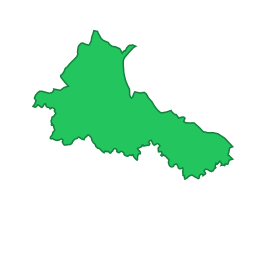 Jebel Saman, Aleppo, Syria, rotated 317°
{"feature_id": "27442178B96508006833869", "entity_name": "Jebel Saman", "entity_type": "district", "adm_level": 2, "iso_a3": "SYR", "parent_name": "Syria", "parent_adm1": "Aleppo", "projection": "orthographic", "projection_center": [37.058, 35.942], "detail": "fine", "context": "isolated", "style": "filled", "palette": "green", "viewbox_px": 256, "rotation_deg": 317, "n_neighbors": 0, "source": "geoboundaries", "source_scale": "gbopen_adm2", "svg_char_len": 5821}
<svg xmlns="http://www.w3.org/2000/svg" viewBox="0 0 256 256"><g transform="rotate(317 128 128)"><path d="M171.6,36.6L169.4,33.5L166.9,35.1L163.3,37.0L160.8,39.0L156.6,40.8L155.7,40.4L154.2,38.2L153.1,35.4L151.7,34.1L149.9,34.1L147.7,34.4L146.0,35.4L142.9,38.0L141.4,40.0L139.2,40.9L135.0,41.2L131.8,41.2L128.5,41.4L125.6,41.9L122.6,41.6L121.6,42.3L119.4,43.2L118.2,43.5L117.6,43.6L116.0,43.8L114.7,43.6L113.7,44.7L113.3,47.8L113.0,51.9L112.9,56.8L108.8,54.8L104.2,54.3L100.3,48.9L99.9,49.7L96.6,50.3L94.0,48.8L92.1,45.6L90.0,42.3L88.2,40.8L86.0,40.6L82.8,41.0L79.9,42.3L79.4,45.3L75.8,47.0L73.2,47.4L73.4,47.9L74.1,49.2L74.7,49.7L75.5,49.8L76.6,49.7L77.3,49.5L77.9,49.6L78.2,50.2L78.7,53.8L79.0,54.2L79.4,54.3L80.4,54.2L82.8,53.6L83.4,53.5L84.0,53.8L84.1,54.1L83.8,54.8L83.3,55.6L83.0,56.6L83.0,57.2L83.1,57.6L83.5,58.3L84.3,59.2L84.3,59.7L84.1,60.5L84.1,61.0L84.8,61.2L85.9,61.2L86.4,61.2L86.7,61.6L87.2,63.6L87.2,64.6L86.7,65.0L86.3,64.9L85.9,65.2L85.5,66.2L85.4,67.3L85.1,68.2L83.0,68.5L82.3,68.7L81.0,68.7L80.4,68.4L79.8,68.3L78.3,69.5L76.7,70.3L76.1,71.0L75.8,71.6L75.6,72.9L75.1,73.0L74.6,72.9L74.2,73.4L74.0,73.8L74.2,74.3L74.9,74.5L75.4,75.0L73.7,77.9L73.4,79.0L73.1,79.5L72.2,79.7L71.1,79.9L70.4,79.9L70.1,79.9L69.5,80.3L68.3,81.2L66.7,81.6L65.2,81.7L64.2,82.5L64.3,83.5L65.0,83.9L65.3,84.0L65.7,84.4L65.8,84.7L65.9,85.6L66.2,86.3L66.5,86.8L67.0,87.8L67.6,88.6L68.2,89.1L69.2,89.7L71.2,90.4L71.9,90.8L72.3,91.6L72.1,92.6L71.6,93.0L70.9,93.1L70.5,93.4L70.3,93.7L70.1,94.8L69.8,95.6L69.8,96.9L70.0,97.2L70.7,97.9L72.0,98.7L73.2,99.6L74.5,100.7L74.9,100.8L76.7,100.9L77.5,100.6L78.1,100.2L81.3,99.8L82.2,100.1L82.9,100.6L84.0,101.0L84.5,100.9L85.1,100.8L85.6,100.9L85.9,101.2L86.0,101.6L86.2,102.6L86.4,103.6L86.9,105.1L87.3,105.9L88.0,106.6L89.2,105.9L90.0,105.7L91.1,105.9L92.6,105.9L94.0,105.8L94.4,106.1L94.5,107.0L94.6,108.0L94.5,110.1L94.4,110.7L94.0,111.0L93.8,111.4L93.3,112.1L93.0,113.3L92.6,115.1L92.8,116.7L92.9,117.9L92.2,118.7L91.9,119.4L92.1,120.4L92.0,121.1L92.0,121.7L92.2,122.3L92.9,123.3L93.1,124.0L93.3,125.0L93.1,125.9L93.2,127.7L93.4,128.9L93.6,129.7L93.9,129.9L95.5,129.3L96.0,130.0L96.3,130.9L97.0,131.3L97.6,131.6L97.7,132.2L97.6,133.0L97.8,134.2L98.3,134.5L99.5,134.2L100.2,134.2L101.1,134.4L102.4,133.7L103.8,133.7L104.2,134.1L104.8,134.7L105.0,135.3L105.0,136.2L104.6,136.9L104.0,137.1L103.7,137.7L103.8,138.2L104.2,139.5L104.5,139.9L105.2,140.2L106.0,140.0L106.8,140.2L107.3,140.7L107.8,141.8L108.0,143.6L107.7,144.0L107.3,144.3L107.1,144.5L107.0,145.1L107.5,146.8L108.0,147.9L108.6,148.5L109.3,148.7L110.3,148.8L111.0,149.1L111.5,149.6L111.6,150.1L111.8,150.6L112.2,150.8L112.8,150.7L113.3,150.7L113.5,151.0L112.5,153.4L112.4,154.4L112.6,154.9L112.4,156.2L112.5,157.1L112.8,157.7L113.4,157.6L114.2,156.7L115.6,155.4L116.2,154.9L117.0,154.5L117.5,154.4L118.5,154.5L119.0,154.7L119.5,155.2L119.9,154.9L120.5,154.1L120.7,153.5L120.7,152.4L120.6,152.0L120.7,151.1L120.9,149.5L121.1,149.4L121.5,149.5L124.4,150.8L124.8,150.7L125.4,150.9L125.8,150.8L126.3,150.4L126.8,150.1L127.2,150.4L127.5,150.9L127.1,151.7L127.5,152.1L128.6,152.9L129.4,153.3L130.6,153.9L131.0,154.6L131.3,154.8L132.1,154.9L133.3,154.4L133.3,154.1L133.3,152.6L133.7,152.5L134.4,152.1L135.6,152.3L136.4,152.6L136.5,153.1L135.3,156.8L135.4,157.5L135.4,158.5L135.9,158.6L136.6,158.9L137.7,159.0L138.8,159.4L139.2,159.7L139.3,160.4L139.3,162.0L139.2,162.9L138.8,163.0L136.7,163.1L135.9,163.7L134.4,165.8L134.1,166.1L134.2,166.5L135.6,167.4L136.2,168.0L135.9,169.0L135.5,169.9L135.0,170.1L134.1,170.1L133.4,170.4L133.5,171.0L133.6,171.6L134.0,171.7L135.8,171.9L135.7,173.1L136.2,173.3L136.2,173.7L136.3,174.7L136.2,175.6L136.2,177.1L136.2,177.7L136.3,178.9L135.9,179.5L135.4,179.9L134.5,180.3L133.6,181.5L132.8,183.4L132.7,185.1L133.4,186.3L134.7,187.0L135.6,186.9L136.8,186.4L138.6,187.1L139.0,187.6L138.8,188.2L138.7,189.2L138.4,190.2L137.7,191.3L137.7,192.7L138.8,193.7L140.8,194.5L140.7,194.8L139.8,196.1L138.3,197.2L136.8,199.2L135.9,200.1L136.0,200.7L136.4,201.0L136.5,201.3L136.2,201.8L134.7,203.8L134.7,204.2L134.8,204.3L135.4,204.4L136.0,204.6L136.5,204.7L136.9,204.8L138.1,204.8L138.9,204.8L140.4,205.0L142.0,205.6L142.7,206.0L143.0,206.8L143.2,207.8L143.7,209.5L144.3,211.2L144.6,212.5L145.2,213.1L146.0,213.1L146.5,212.4L147.4,211.9L148.3,211.5L148.9,211.5L150.0,211.7L150.7,212.2L150.8,213.2L150.3,214.0L153.2,214.4L153.9,214.1L154.3,211.3L156.5,210.9L157.6,212.1L158.0,212.9L158.3,214.5L158.6,215.2L158.8,215.7L159.4,216.8L160.2,217.0L161.2,217.4L162.7,216.8L165.2,216.9L165.3,215.5L165.9,215.3L166.3,215.1L167.9,213.9L168.3,213.8L168.3,214.3L168.4,214.6L168.2,214.9L168.6,215.1L168.8,215.4L169.2,215.3L170.1,215.3L170.5,215.1L171.7,215.0L172.5,214.9L172.2,217.4L172.2,218.0L171.4,218.4L170.6,218.8L170.9,218.9L171.6,219.6L172.2,220.0L172.6,220.5L172.8,220.7L172.9,221.0L172.9,221.3L173.1,221.4L173.4,221.4L174.4,220.5L176.3,222.5L180.2,220.6L183.3,222.2L183.1,217.1L182.8,216.1L188.8,211.9L191.4,212.9L191.8,213.1L191.8,201.5L189.8,193.5L186.8,189.2L183.2,186.0L180.4,181.7L180.5,177.2L179.8,169.4L178.6,168.2L176.8,166.7L173.7,163.5L173.2,161.2L176.4,159.7L176.2,158.0L174.6,156.6L173.6,156.2L171.9,155.3L172.4,151.1L171.8,150.6L171.2,148.9L171.1,145.6L171.5,144.6L166.7,142.4L162.7,139.7L162.2,138.3L161.8,134.7L162.3,130.0L163.4,125.0L163.5,119.8L164.6,115.7L164.3,113.3L162.6,111.8L161.1,111.1L159.8,109.4L157.6,106.2L154.8,107.3L152.7,108.4L151.0,108.5L151.0,106.9L151.7,105.0L153.8,102.7L155.6,100.5L156.6,96.9L158.5,91.8L160.8,87.7L162.7,84.6L166.2,80.3L169.8,76.1L172.3,74.5L174.4,74.0L177.8,73.6L183.3,73.1L187.0,72.9L189.4,73.5L188.0,70.4L186.2,69.3L185.7,68.6L184.5,68.4L182.0,68.5L179.8,69.3L178.9,69.8L178.0,68.9L174.8,69.2L175.7,66.2L176.0,64.2L174.2,60.1L171.9,57.2L171.5,53.5L171.9,52.1L169.6,47.0L169.4,44.2L170.9,38.1L171.6,36.6Z" fill="#22c55e" stroke="#15803d" stroke-width="1.5"/></g></svg>